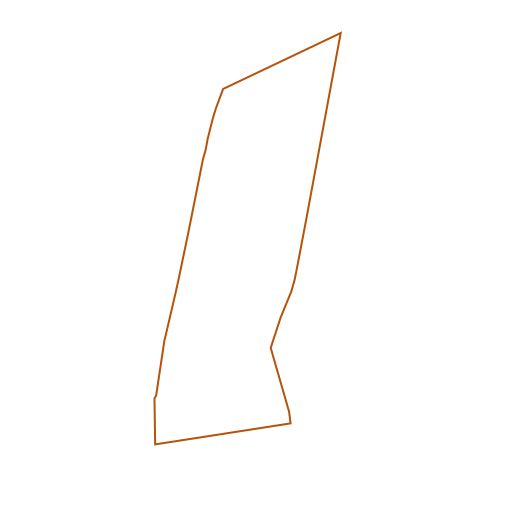 Dar Naim, Nouakchott, Mauritania (Albers equal-area conic projection), rotated 335°
{"feature_id": "47542326B20684442825570", "entity_name": "Dar Naim", "entity_type": "district", "adm_level": 2, "iso_a3": "MRT", "parent_name": "Mauritania", "parent_adm1": "Nouakchott", "projection": "albers", "projection_center": [-15.933, 18.106], "detail": "fine", "context": "isolated", "style": "outline", "palette": "amber", "viewbox_px": 512, "rotation_deg": 335, "n_neighbors": 0, "source": "geoboundaries", "source_scale": "gbopen_adm2", "svg_char_len": 451}
<svg xmlns="http://www.w3.org/2000/svg" viewBox="0 0 512 512"><g transform="rotate(335 256 256)"><path d="M216.6,422.3L220.2,411.0L230.5,345.5L252.5,322.0L273.0,303.1L281.1,293.7L290.1,281.4L316.9,244.2L427.0,89.7L296.8,90.7L282.0,105.3L274.8,113.3L261.8,129.3L255.1,138.7L248.9,145.8L205.0,205.6L175.4,245.2L166.0,257.4L140.1,290.4L137.4,293.7L106.5,340.3L103.8,342.2L85.0,384.1L216.6,422.3Z" fill="none" stroke="#b45309" stroke-width="2"/></g></svg>